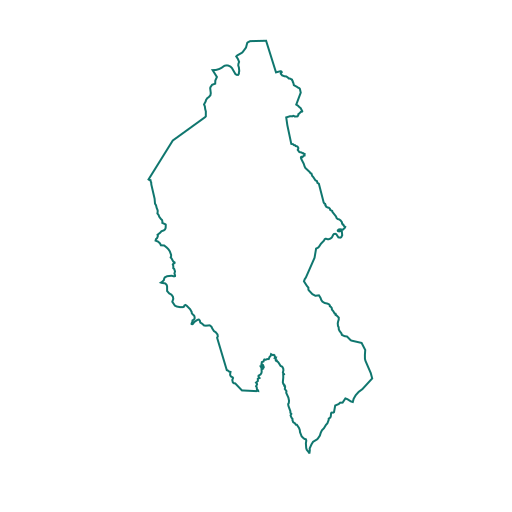 Comayagua, Comayagua, Honduras, rotated 250°
{"feature_id": "27666195B46551792620795", "entity_name": "Comayagua", "entity_type": "district", "adm_level": 2, "iso_a3": "HND", "parent_name": "Honduras", "parent_adm1": "Comayagua", "projection": "albers", "projection_center": [-87.636, 14.476], "detail": "fine", "context": "isolated", "style": "outline", "palette": "teal", "viewbox_px": 512, "rotation_deg": 250, "n_neighbors": 0, "source": "geoboundaries", "source_scale": "gbopen_adm2", "svg_char_len": 6084}
<svg xmlns="http://www.w3.org/2000/svg" viewBox="0 0 512 512"><g transform="rotate(250 256 256)"><path d="M263.5,157.6L263.0,158.2L261.3,161.3L259.6,162.1L258.0,162.1L253.5,160.5L250.6,161.6L248.6,163.3L246.2,164.0L244.0,163.6L241.6,161.7L237.1,162.8L235.6,164.3L234.0,167.0L233.0,169.7L232.9,170.7L234.0,171.9L234.1,173.0L232.9,173.9L228.5,175.9L225.4,176.4L224.3,176.1L222.9,176.5L221.1,177.5L219.5,177.4L218.4,177.0L217.9,176.6L217.5,175.8L217.2,174.3L216.1,173.8L214.5,172.3L214.1,172.2L213.7,172.7L213.7,173.3L215.1,175.5L216.0,179.1L215.9,180.5L214.6,181.1L212.5,180.9L210.7,182.3L208.5,183.4L207.7,184.9L206.7,188.7L206.1,189.2L204.6,190.0L202.9,190.1L199.8,190.8L198.1,192.1L195.4,193.0L193.5,192.6L192.5,191.5L158.7,189.5L158.3,190.2L156.7,191.1L155.8,192.4L153.7,191.2L152.5,191.0L151.3,191.3L149.9,192.6L149.2,192.7L147.6,191.3L145.1,191.0L143.9,191.8L143.4,192.9L134.5,196.8L128.9,210.1L129.2,210.7L128.4,211.9L128.9,212.0L130.5,211.3L132.5,211.8L133.6,211.5L135.0,213.1L135.7,213.2L137.0,212.7L137.9,215.0L140.0,215.7L140.2,217.6L141.8,217.1L142.7,217.5L143.1,219.7L144.1,221.0L145.2,221.7L148.1,222.6L147.6,223.4L147.7,223.9L149.9,222.7L150.6,222.6L150.4,223.3L148.9,224.7L149.0,225.3L151.2,225.3L151.7,224.9L152.0,223.9L154.3,225.2L154.3,227.0L155.4,227.8L155.9,228.5L155.2,229.5L155.3,231.2L154.8,232.7L156.6,234.3L156.9,235.2L157.4,235.8L158.6,236.6L157.2,237.8L157.0,239.0L156.4,239.4L155.1,239.3L154.5,239.6L154.0,239.0L153.7,239.9L152.9,239.1L152.4,239.4L151.5,238.9L150.8,238.9L150.5,239.2L150.5,239.8L149.7,239.8L149.0,240.4L147.7,240.8L144.3,241.5L143.0,242.8L141.0,243.1L139.3,242.7L137.3,241.4L136.7,241.4L135.8,241.9L135.3,241.9L135.3,241.0L132.6,240.1L128.1,238.0L126.4,237.9L125.9,238.3L125.0,238.2L124.5,238.7L123.9,238.2L123.0,238.6L121.2,237.6L118.6,238.4L117.1,237.6L111.8,238.0L108.6,237.5L106.6,236.5L105.9,235.6L105.2,235.4L103.9,235.2L98.4,235.2L96.9,234.7L95.5,235.2L94.5,234.0L92.8,234.0L91.8,234.1L90.4,234.6L89.3,234.1L87.1,234.1L85.4,235.4L83.9,235.7L83.4,236.7L79.6,237.6L77.4,237.6L75.4,237.1L70.9,237.2L68.4,238.4L67.3,239.2L66.9,240.1L66.5,240.2L65.3,240.1L62.9,238.8L58.4,237.5L56.6,237.4L53.1,238.6L52.1,238.6L55.0,240.1L56.8,240.6L60.1,243.8L61.9,246.1L62.8,250.7L63.3,251.7L65.4,254.6L67.9,256.5L69.7,258.4L70.9,260.9L73.4,264.0L74.3,265.8L77.2,268.3L78.3,268.7L78.8,270.6L79.7,271.4L82.6,272.8L83.0,273.4L82.4,275.0L82.6,275.9L88.4,279.3L88.6,283.1L89.4,284.9L88.6,287.2L91.6,291.3L90.1,293.0L86.9,295.4L85.7,297.0L88.5,299.0L91.1,302.1L93.2,306.0L94.5,310.4L101.2,323.3L106.7,323.8L120.1,323.0L122.1,323.2L125.8,324.5L130.3,326.5L138.2,325.5L143.7,317.0L144.4,316.2L149.2,314.0L150.4,311.8L152.5,309.7L154.1,309.8L156.9,308.9L158.6,308.7L160.9,309.3L162.2,309.1L164.8,309.8L166.6,310.9L167.8,311.9L169.8,312.7L172.4,311.5L173.3,310.7L173.9,311.1L174.6,311.0L175.0,310.2L177.5,309.8L179.7,309.0L181.1,309.4L182.7,308.9L183.5,308.2L184.3,308.5L185.4,308.2L186.8,306.9L188.4,304.4L190.4,302.8L192.3,302.3L194.6,302.3L197.5,301.7L198.3,298.2L200.9,295.9L205.9,293.8L206.7,293.8L208.4,294.4L210.5,293.6L215.8,292.4L217.6,293.9L218.7,295.5L234.3,310.4L242.4,315.0L242.6,317.1L243.2,318.4L245.3,321.2L247.2,325.1L248.3,326.3L248.4,327.5L247.2,329.1L246.9,329.9L246.9,331.7L247.3,333.2L247.7,333.9L249.6,335.9L250.0,336.7L249.8,338.0L249.0,338.9L245.3,339.8L244.4,341.5L244.5,342.5L246.0,344.1L249.5,345.0L250.5,344.4L250.6,342.7L251.0,342.0L251.5,341.5L252.1,341.6L252.6,342.7L252.4,344.1L251.0,346.5L252.0,348.9L252.8,349.8L253.9,349.0L255.7,348.8L255.9,348.2L257.1,348.0L258.3,348.3L260.6,347.6L261.9,346.7L262.8,345.4L264.1,344.7L265.8,344.7L271.2,342.9L272.3,343.0L273.9,341.5L275.2,341.6L276.5,340.9L277.0,340.0L278.3,338.8L279.3,338.8L279.7,338.5L280.1,338.8L281.4,338.8L281.9,338.2L283.2,337.9L302.4,339.8L303.7,338.7L305.5,338.9L306.8,337.7L310.7,336.8L312.0,336.2L314.5,336.3L315.2,335.5L316.5,335.2L321.8,332.5L323.5,332.3L326.4,332.4L331.9,331.7L333.0,331.8L333.6,332.2L333.7,332.7L333.0,333.4L333.9,335.1L333.8,336.0L335.3,336.6L336.1,335.5L336.6,335.4L336.8,334.8L337.7,334.2L338.8,332.3L341.4,331.5L341.8,331.7L342.1,332.2L342.9,332.7L344.4,332.5L345.2,331.9L345.7,330.9L346.8,330.5L347.2,329.6L348.3,329.1L349.3,327.5L368.3,330.2L375.9,331.8L375.7,335.8L374.8,338.0L375.0,338.9L374.5,339.6L373.8,340.1L373.0,342.7L373.6,343.7L374.8,344.3L375.1,345.4L376.1,347.4L375.9,348.6L376.2,349.0L379.8,348.5L381.0,347.7L382.8,346.9L384.5,345.6L394.2,353.9L398.0,354.4L398.9,354.1L399.7,353.2L401.0,352.3L403.6,350.0L405.8,350.3L406.7,350.1L407.6,350.4L408.5,350.0L409.4,350.2L411.3,348.4L411.5,347.6L413.1,346.8L414.4,345.8L415.1,344.3L416.8,342.3L418.9,341.6L419.4,341.9L420.0,343.1L420.8,342.9L421.3,342.1L421.7,337.6L454.8,339.1L459.9,324.0L459.6,321.5L459.3,320.7L455.3,317.9L452.3,313.4L451.8,312.3L450.9,307.0L450.3,305.7L447.3,306.4L444.2,306.5L442.6,305.2L441.1,304.5L439.0,304.4L435.5,303.5L434.7,302.9L433.2,302.3L432.3,301.2L432.7,300.0L433.9,298.9L440.8,297.7L442.7,296.8L444.4,295.1L445.1,293.8L445.5,291.9L445.4,290.8L444.6,288.0L444.3,285.3L444.5,282.1L445.5,278.8L437.6,280.5L434.8,277.8L431.9,276.6L431.9,273.3L430.1,270.8L429.2,270.3L424.5,269.2L422.6,268.1L421.4,265.8L421.0,264.2L419.6,262.3L418.5,261.6L416.2,259.0L414.1,259.1L411.4,258.5L409.0,258.3L404.4,256.6L403.9,255.7L393.0,217.3L364.7,181.2L364.0,181.7L363.4,182.8L361.7,182.5L361.1,182.7L359.1,182.1L344.5,180.3L339.7,179.0L337.9,179.4L335.3,179.1L332.6,179.2L331.1,178.7L329.7,177.9L327.8,178.5L326.0,178.5L323.3,179.3L321.9,180.0L320.7,179.9L319.1,179.3L316.7,181.8L316.2,181.9L313.3,180.7L312.1,179.6L311.6,178.1L311.6,175.6L310.7,174.0L309.6,170.7L308.5,170.7L307.9,170.3L306.6,169.1L306.1,167.8L304.8,166.9L303.0,168.9L300.7,170.1L298.6,170.3L297.3,173.3L294.5,175.0L292.3,176.0L289.9,176.6L286.1,176.6L284.9,176.2L283.8,175.3L282.7,175.8L279.3,176.3L277.8,177.3L277.1,176.9L277.1,175.7L276.4,174.9L276.0,175.0L274.7,174.8L272.8,174.1L271.9,174.7L269.2,174.6L267.5,173.4L265.4,173.3L264.8,173.0L264.9,172.0L266.3,170.0L267.4,165.6L267.1,163.0L266.3,162.1L264.8,161.1L263.9,159.2L263.5,157.6Z" fill="none" stroke="#0f766e" stroke-width="2"/></g></svg>